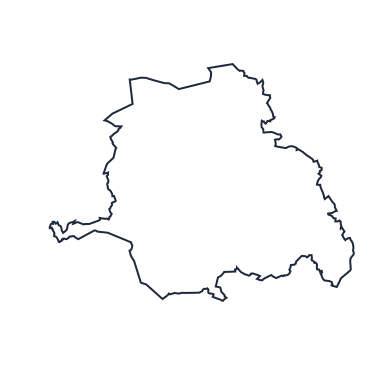 outline of Anaocha, Anambra, Nigeria, rotated 258°
{"feature_id": "59680162B92640548002056", "entity_name": "Anaocha", "entity_type": "district", "adm_level": 2, "iso_a3": "NGA", "parent_name": "Nigeria", "parent_adm1": "Anambra", "projection": "mercator", "projection_center": [7.011, 6.099], "detail": "fine", "context": "isolated", "style": "outline", "palette": "slate", "viewbox_px": 384, "rotation_deg": 258, "n_neighbors": 0, "source": "geoboundaries", "source_scale": "gbopen_adm2", "svg_char_len": 5955}
<svg xmlns="http://www.w3.org/2000/svg" viewBox="0 0 384 384"><g transform="rotate(258 192 192)"><path d="M98.6,337.6L100.8,337.4L101.6,337.5L102.9,338.0L104.4,338.4L107.6,338.6L110.0,338.2L112.3,337.2L114.2,337.0L114.3,335.1L113.5,332.4L113.1,332.0L114.1,331.4L115.3,331.0L116.2,330.6L118.1,330.3L118.6,329.9L120.2,331.3L121.6,332.9L122.8,332.5L123.3,332.2L125.9,331.3L125.3,329.9L126.4,330.2L127.8,331.0L130.0,330.8L131.6,331.2L132.8,330.9L133.5,330.3L133.0,329.3L133.0,328.3L133.4,326.1L136.3,327.0L136.8,325.1L139.6,323.8L141.4,320.9L142.0,320.6L142.6,320.6L142.4,324.7L143.5,328.2L143.5,329.6L147.4,328.6L150.0,329.0L154.0,326.9L159.6,324.7L157.5,320.4L159.8,320.0L160.3,320.3L164.5,319.8L167.5,319.2L170.9,318.7L172.4,318.9L172.6,317.4L173.3,315.7L175.9,317.0L176.9,317.7L178.6,319.2L179.5,320.9L180.9,321.9L181.9,321.1L183.6,319.6L184.3,320.7L184.9,321.3L185.6,321.3L186.1,321.5L186.4,323.2L187.9,323.8L188.8,323.8L189.9,321.8L193.1,321.6L195.0,321.0L196.6,321.0L196.3,317.2L198.2,317.1L199.8,316.1L204.0,311.9L208.0,308.8L211.7,304.9L211.3,303.1L213.3,303.6L214.8,301.6L216.0,299.4L216.3,297.4L216.2,295.7L215.5,293.0L216.4,290.4L218.6,285.0L219.7,282.9L221.6,284.0L225.8,284.0L226.0,284.9L225.9,286.2L225.3,287.6L226.1,289.5L227.5,291.0L229.9,290.4L230.4,288.1L233.3,284.0L234.1,282.3L234.9,277.6L235.0,275.5L235.3,274.3L238.6,274.7L241.1,273.6L242.1,273.7L245.0,274.3L247.2,275.1L246.1,276.3L246.1,276.9L244.7,277.3L243.5,278.2L243.6,278.5L244.5,279.5L245.3,280.1L245.7,280.6L245.0,283.1L245.8,283.0L246.7,287.0L247.1,287.8L248.0,288.4L248.5,287.3L249.8,287.2L251.2,287.4L254.2,286.9L256.0,286.2L258.6,285.8L259.5,285.3L262.2,284.4L263.0,284.4L263.4,283.9L267.9,288.2L269.6,288.0L270.4,288.4L271.0,286.2L272.2,283.3L273.1,281.9L275.7,282.6L276.7,283.2L278.4,283.0L280.8,282.9L284.2,284.5L286.9,284.2L285.1,281.4L284.2,278.7L287.3,278.3L288.5,278.4L289.5,277.5L290.1,275.7L290.8,274.5L291.1,273.5L291.5,273.0L291.6,272.7L291.5,272.4L292.0,271.1L292.9,270.2L293.7,270.0L294.2,269.6L294.8,267.1L295.2,267.2L297.2,268.0L297.8,268.1L298.6,267.6L299.1,267.4L299.7,267.4L300.2,266.4L300.4,265.4L300.7,264.4L300.6,263.8L302.6,262.1L308.7,258.3L309.8,233.6L305.2,235.6L301.0,234.5L296.5,232.3L295.4,200.5L300.2,195.5L303.2,191.9L304.2,187.7L309.3,177.7L313.2,170.7L314.4,166.1L314.5,156.2L315.0,154.5L290.5,152.2L285.2,130.5L280.2,121.3L278.9,124.0L276.0,127.4L274.6,128.7L273.9,129.1L273.2,129.8L272.4,130.6L272.0,131.7L270.9,136.5L269.7,135.3L268.8,133.2L267.8,132.8L266.8,131.7L266.0,130.0L265.1,127.6L263.2,124.8L263.1,123.8L262.7,123.5L260.6,123.7L256.7,125.0L255.9,124.4L255.3,124.6L252.8,126.1L250.8,127.1L249.8,126.1L242.6,122.7L242.2,122.6L241.5,121.8L237.4,115.0L235.8,113.8L229.2,109.8L228.6,109.3L228.2,109.4L228.5,114.0L226.3,113.4L225.2,111.8L223.5,112.2L220.6,112.6L218.5,111.9L218.4,111.4L218.2,111.1L217.3,110.7L216.7,110.6L215.9,110.7L214.4,110.7L213.3,110.4L212.0,110.9L211.3,111.4L210.5,112.3L208.7,113.0L206.4,113.5L204.4,113.3L204.3,114.9L199.3,115.6L199.1,115.5L198.7,114.7L198.2,111.8L197.9,111.3L196.0,111.2L194.2,109.3L193.3,108.8L192.9,108.3L192.5,107.5L192.2,107.6L190.2,107.7L188.9,108.0L187.3,108.9L184.9,106.9L184.9,106.3L184.3,105.8L183.0,105.3L182.4,104.9L183.8,102.9L183.8,101.4L184.9,98.6L184.9,98.0L185.4,97.4L185.8,96.3L184.0,96.2L183.6,95.6L182.1,85.2L182.4,83.1L182.9,81.3L182.7,81.0L183.0,79.7L182.8,79.3L186.1,74.3L186.4,73.6L186.3,72.4L185.9,71.3L185.6,69.2L186.4,69.7L187.6,70.8L188.0,71.1L187.4,69.3L187.3,66.2L186.8,65.0L186.0,63.8L182.4,62.3L180.8,61.3L178.8,57.5L181.2,56.7L184.9,56.7L185.5,56.5L186.1,56.1L186.9,55.1L187.6,54.6L190.3,54.2L189.6,53.3L189.4,52.1L190.1,52.1L190.4,51.9L191.6,50.7L191.9,50.0L191.7,49.5L190.2,49.7L189.7,49.5L190.3,48.4L190.1,47.6L189.5,46.9L188.9,46.7L187.5,45.6L186.2,45.4L186.2,47.4L184.4,47.6L184.2,48.1L182.9,48.1L180.9,48.8L179.9,48.8L179.3,48.3L178.7,48.4L177.4,48.0L177.1,49.0L176.6,49.6L175.5,50.2L174.4,50.7L170.7,51.4L170.6,52.2L171.2,52.9L171.2,54.2L172.6,54.7L172.8,55.2L172.6,55.6L172.3,55.8L172.4,56.1L173.2,56.5L172.7,58.0L172.0,59.0L172.1,60.1L173.2,62.3L173.8,62.9L173.6,63.4L173.9,64.2L173.5,65.1L173.5,65.6L173.7,66.2L173.4,66.9L173.3,67.5L172.5,67.8L169.5,70.9L174.7,88.7L174.2,90.0L172.9,91.3L169.7,101.1L155.4,122.0L154.3,121.8L152.5,122.5L151.2,122.2L149.2,121.3L147.8,119.8L147.7,118.7L142.2,119.0L139.4,119.9L136.8,121.0L114.0,123.1L111.0,128.1L93.5,140.9L95.0,144.5L96.5,147.3L97.5,148.2L96.4,149.5L96.9,153.7L95.7,156.9L95.3,159.5L95.5,161.1L94.6,164.7L92.0,178.3L92.7,180.7L93.4,181.9L94.1,182.3L94.5,182.8L94.8,183.7L94.4,184.9L94.3,186.3L94.6,186.9L94.0,187.3L93.2,187.7L92.9,187.8L92.3,187.6L91.7,187.2L91.0,187.1L89.9,187.2L89.5,187.4L88.5,190.1L87.4,191.9L85.1,190.5L80.2,198.3L79.4,198.8L79.4,199.4L79.2,199.7L80.4,201.3L81.4,203.7L83.0,202.2L84.4,202.4L88.4,199.9L92.2,199.9L92.9,199.6L94.6,195.6L103.0,199.6L104.1,203.1L106.3,206.1L107.1,206.8L105.2,217.8L107.3,218.0L107.2,219.1L107.4,219.2L107.6,220.1L108.7,220.3L103.9,223.0L103.1,223.6L100.4,226.8L99.2,229.1L98.3,230.2L98.8,231.8L99.2,232.5L99.8,232.5L99.8,234.4L98.4,236.7L97.0,239.3L95.6,241.0L93.5,237.5L91.9,239.8L91.0,242.3L92.4,244.7L94.3,252.2L92.0,254.2L90.3,256.6L91.6,262.3L90.8,263.3L90.8,264.0L91.4,264.8L90.9,265.5L90.9,266.6L91.2,269.0L92.1,270.3L93.9,271.8L95.7,271.0L96.8,272.0L97.9,272.7L100.0,273.5L99.6,277.1L100.1,277.6L100.3,278.5L102.4,279.5L106.7,286.1L105.6,289.6L104.9,290.3L104.1,290.8L104.7,292.5L105.2,292.7L105.8,293.4L105.8,293.7L105.4,295.8L102.5,295.6L101.2,294.8L100.0,295.2L99.9,295.7L98.2,297.0L97.4,296.8L97.0,297.3L97.3,297.9L97.3,298.2L95.3,299.2L93.8,299.0L93.0,298.5L90.4,298.2L89.7,300.2L88.0,300.5L87.9,302.5L86.2,302.5L85.9,302.0L85.9,300.8L84.6,301.1L83.7,301.5L83.0,301.3L79.7,302.1L78.3,302.9L77.8,303.5L76.5,307.5L74.9,309.9L72.4,310.2L71.8,309.1L71.3,309.4L69.0,313.9L74.5,318.2L76.6,319.7L82.2,330.2L83.6,331.3L91.2,332.3L94.1,333.3L95.4,334.7L97.3,337.0L98.0,337.4L98.6,337.6Z" fill="none" stroke="#1e293b" stroke-width="2"/></g></svg>